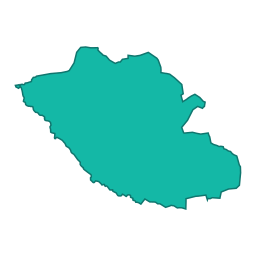 outline of Kankara, Katsina, Nigeria
{"feature_id": "59680162B8390528040617", "entity_name": "Kankara", "entity_type": "district", "adm_level": 2, "iso_a3": "NGA", "parent_name": "Nigeria", "parent_adm1": "Katsina", "projection": "orthographic", "projection_center": [7.349, 11.973], "detail": "fine", "context": "isolated", "style": "filled", "palette": "teal", "viewbox_px": 256, "rotation_deg": 0, "n_neighbors": 0, "source": "geoboundaries", "source_scale": "gbopen_adm2", "svg_char_len": 3448}
<svg xmlns="http://www.w3.org/2000/svg" viewBox="0 0 256 256"><path d="M174.5,77.8L169.7,74.2L166.7,73.5L165.5,73.4L160.9,72.6L161.0,69.9L160.8,67.2L158.2,60.1L156.8,58.2L148.3,52.4L140.0,55.4L134.8,56.2L128.1,55.3L128.1,58.4L122.4,59.3L120.3,62.0L118.6,62.0L115.2,63.4L112.4,61.8L109.5,60.1L106.1,56.1L103.1,55.2L102.1,54.1L99.5,51.8L97.9,50.0L98.1,48.2L97.7,47.7L94.0,47.8L90.6,47.8L85.7,47.0L80.7,47.4L76.7,52.3L74.1,62.9L69.3,70.5L67.4,71.4L61.1,72.7L50.6,73.6L38.0,75.9L36.4,76.2L36.0,76.7L35.7,77.1L34.6,77.3L33.3,77.4L32.6,78.4L31.6,79.8L31.5,81.1L31.0,81.7L29.1,82.2L27.5,82.8L25.2,83.1L24.8,84.0L24.2,84.6L23.0,84.6L22.3,84.3L20.8,84.5L20.3,85.7L19.5,85.5L19.2,84.7L18.0,85.0L15.4,85.4L16.0,87.0L17.3,87.6L18.5,88.3L19.5,87.5L20.2,86.9L21.1,87.4L22.1,90.6L22.5,92.7L22.8,94.8L23.4,96.6L24.1,97.3L24.1,98.6L23.8,99.5L23.6,100.4L23.4,101.3L24.1,101.9L24.9,102.1L25.4,102.8L25.5,103.6L25.7,104.6L26.9,105.6L28.4,106.2L29.8,106.2L30.6,106.5L32.1,106.5L32.9,106.9L33.2,108.3L33.4,109.6L34.0,110.6L34.8,111.5L35.6,112.3L37.3,112.5L38.3,113.3L39.0,114.4L39.7,115.1L40.8,115.3L41.5,115.3L42.3,115.3L43.1,115.9L43.8,116.3L44.5,116.8L44.7,117.9L44.4,118.1L44.5,118.5L44.6,118.8L44.6,119.3L44.8,119.9L45.3,120.4L46.6,120.7L48.2,120.9L49.4,121.4L50.5,122.5L51.0,125.1L50.0,126.8L50.1,127.6L50.6,129.5L50.7,132.1L51.9,132.8L54.8,133.5L54.8,135.3L54.5,137.8L54.7,138.5L55.6,138.6L56.1,137.6L57.0,137.4L59.5,138.6L62.4,140.4L63.7,142.0L65.0,143.4L66.2,146.2L68.8,147.7L70.4,149.7L71.2,152.2L72.2,153.3L73.9,154.3L74.6,155.3L77.9,159.9L78.4,160.3L79.1,161.0L80.3,162.3L80.2,163.4L80.2,164.5L81.0,165.7L82.3,167.0L83.3,167.6L83.3,168.4L83.8,169.2L85.0,170.2L89.1,173.3L90.8,174.5L91.2,175.1L91.3,177.0L90.5,177.7L90.6,180.0L92.0,181.3L92.8,182.2L93.4,182.6L93.9,182.5L94.4,182.4L94.7,181.9L95.2,181.3L95.6,180.9L98.1,181.4L98.7,181.6L99.5,182.2L100.6,183.4L101.6,184.3L101.7,184.8L102.2,184.9L103.1,184.7L103.7,184.4L104.4,184.5L104.7,185.6L105.3,186.3L106.0,186.0L106.6,186.0L107.6,186.8L108.3,187.8L108.8,188.4L109.7,189.8L110.2,189.8L111.1,190.1L111.8,189.8L112.6,189.8L112.7,190.9L113.1,191.4L114.2,191.9L115.3,192.5L116.2,192.9L116.7,193.8L117.6,195.2L118.3,195.8L119.5,195.9L120.7,195.9L121.5,195.6L122.4,194.2L123.2,194.5L125.1,195.7L126.1,196.4L126.5,196.4L127.1,195.3L128.4,194.8L129.7,195.0L130.5,195.5L130.6,197.3L132.9,198.3L132.9,200.0L133.4,200.4L134.5,200.5L135.4,201.3L135.7,202.2L137.3,202.3L138.8,202.8L140.9,204.1L144.9,199.0L149.8,201.9L154.3,202.0L155.6,202.2L157.7,203.8L160.0,203.8L165.6,207.3L170.0,205.9L171.1,205.3L172.4,205.6L173.6,205.7L174.8,206.3L175.8,207.0L177.3,207.9L179.3,207.7L181.9,207.8L185.8,209.0L186.0,201.7L186.0,198.7L195.6,196.3L198.3,196.1L205.9,195.1L207.4,199.9L207.7,199.0L208.0,198.5L209.3,198.6L209.7,198.7L210.3,198.6L210.7,198.4L212.1,197.7L219.9,198.2L221.2,192.0L228.6,189.0L236.2,188.3L239.4,185.3L240.1,177.7L240.6,172.8L240.4,166.7L239.3,165.0L237.9,160.0L236.8,156.1L236.1,155.7L234.3,155.0L232.3,153.7L230.5,151.5L228.4,151.0L226.2,149.5L223.9,148.8L223.2,146.7L220.9,146.3L219.0,146.5L216.9,145.5L213.6,144.5L210.9,142.9L209.7,136.8L208.9,135.4L208.2,133.0L200.7,134.1L196.5,133.3L192.5,132.3L184.3,133.1L183.6,132.7L181.7,127.4L187.5,120.3L192.9,109.7L197.7,106.4L202.5,108.3L203.4,107.1L204.4,106.5L205.1,102.1L203.3,101.4L199.8,97.5L194.9,94.3L191.4,96.0L188.4,97.9L186.4,99.5L182.7,101.7L181.0,95.2L183.2,93.8L181.8,84.5L174.5,77.8Z" fill="#14b8a6" stroke="#0f766e" stroke-width="1.5"/></svg>